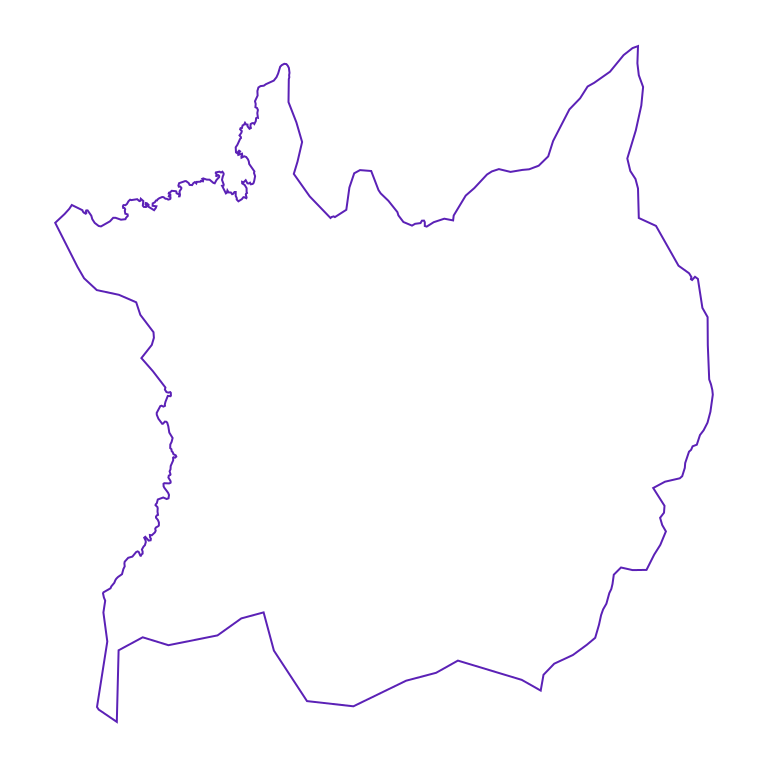 outline of Geidam, Yobe, Nigeria
{"feature_id": "59680162B70118559758614", "entity_name": "Geidam", "entity_type": "district", "adm_level": 2, "iso_a3": "NGA", "parent_name": "Nigeria", "parent_adm1": "Yobe", "projection": "equal_earth", "projection_center": [11.91, 12.702], "detail": "fine", "context": "isolated", "style": "outline", "palette": "violet", "viewbox_px": 768, "rotation_deg": 0, "n_neighbors": 0, "source": "geoboundaries", "source_scale": "gbopen_adm2", "svg_char_len": 6077}
<svg xmlns="http://www.w3.org/2000/svg" viewBox="0 0 768 768"><path d="M709.2,379.4L707.8,345.1L707.6,317.1L702.4,307.9L697.9,278.9L695.0,276.8L692.1,280.0L690.9,279.2L691.4,277.0L689.1,273.3L678.5,265.7L656.0,225.9L638.8,218.0L638.0,188.5L635.5,179.0L630.3,171.0L627.3,158.5L635.8,130.4L641.3,105.5L643.1,87.0L638.8,75.2L637.4,63.3L638.0,46.1L632.5,48.1L623.6,55.1L610.0,71.7L594.2,82.8L587.6,86.5L580.1,98.3L569.4,109.4L553.1,141.0L548.2,156.4L538.7,165.7L529.1,169.3L522.5,169.9L510.5,171.9L498.9,169.1L491.9,171.4L487.0,174.5L474.3,188.1L465.7,195.6L453.7,215.5L453.1,220.4L444.3,218.7L433.7,222.2L426.7,226.6L424.8,226.0L424.8,222.2L424.0,220.6L421.9,220.7L420.5,223.1L415.1,223.8L412.0,225.6L403.4,222.0L398.4,215.4L397.4,212.1L388.4,200.8L380.7,193.4L378.5,190.1L371.2,171.0L360.0,170.1L354.2,173.3L349.4,187.5L346.3,209.8L334.9,217.1L333.7,216.4L331.6,217.0L330.5,218.0L309.7,196.4L293.8,173.9L297.5,161.7L302.1,142.0L296.4,122.4L288.5,102.1L288.8,79.1L289.3,77.3L289.1,75.1L289.5,72.9L288.9,68.0L287.8,65.8L286.4,64.1L284.3,63.8L281.8,65.1L280.2,66.7L278.1,73.6L276.5,77.2L273.8,80.6L265.9,84.2L263.8,85.7L260.5,86.1L258.4,87.5L257.4,91.0L257.6,95.6L255.0,101.2L255.7,104.0L255.4,107.2L257.1,108.1L257.9,110.0L257.3,113.1L257.9,117.7L257.3,117.5L256.1,118.2L255.8,121.1L254.3,124.0L253.5,123.1L252.3,123.1L250.7,124.0L250.4,126.1L250.9,128.0L249.5,128.8L247.6,126.4L247.5,124.6L246.1,124.5L245.0,122.8L244.1,124.6L242.6,125.4L241.9,128.1L240.6,128.1L240.1,129.3L241.8,131.1L241.4,132.7L239.5,135.4L240.8,136.9L241.0,138.0L240.1,138.9L237.4,144.8L235.7,147.3L236.0,152.4L237.0,153.1L239.1,150.7L240.1,151.4L238.2,154.1L238.3,154.9L242.0,153.7L242.2,155.4L241.4,156.4L241.5,157.7L244.3,156.3L246.2,157.0L248.0,159.4L248.8,161.4L249.2,164.0L254.4,171.4L254.0,173.0L255.1,176.2L254.2,180.9L253.6,182.9L252.7,183.9L250.9,184.3L250.0,182.7L248.9,183.5L247.4,183.3L245.7,180.2L243.6,182.3L242.1,181.8L242.2,183.4L244.7,185.0L246.6,188.2L246.6,191.7L247.0,193.0L246.1,193.6L245.8,194.7L246.6,197.5L246.3,198.2L243.9,197.1L243.3,197.3L241.8,199.2L238.4,201.3L236.7,199.5L236.8,198.2L235.7,195.9L235.7,192.0L234.5,192.0L232.9,194.0L232.1,194.2L230.9,192.5L228.6,192.4L227.4,190.4L226.8,192.8L225.9,193.4L222.1,185.8L223.5,185.6L223.7,184.5L222.0,179.9L222.8,176.4L223.6,174.6L223.6,173.4L222.4,171.7L221.0,172.5L219.5,171.7L218.3,171.9L215.9,172.4L215.7,173.0L216.5,174.1L216.2,175.9L216.8,176.1L217.4,175.1L218.4,175.1L219.2,176.0L219.1,177.2L216.5,180.0L214.7,183.3L213.4,182.9L209.6,179.7L206.7,179.6L203.2,178.4L202.2,178.9L203.2,180.4L203.0,181.3L200.9,180.9L200.5,181.7L196.7,181.9L196.3,183.4L194.9,182.1L193.4,183.1L192.1,185.1L189.6,184.9L188.7,183.1L186.2,181.2L185.1,181.1L179.1,183.2L178.4,185.5L178.8,186.7L180.1,186.5L181.3,187.7L181.3,188.7L179.8,190.9L179.5,191.9L180.0,194.9L179.6,196.3L179.1,196.3L179.4,194.9L179.0,194.4L176.6,193.3L176.4,191.9L175.9,191.2L171.7,190.8L170.2,192.3L169.0,192.7L168.7,193.6L170.3,194.4L170.4,195.1L169.0,195.8L168.8,196.4L170.5,197.1L170.4,198.7L169.8,199.2L168.2,199.6L166.9,198.8L165.4,198.7L163.6,197.2L162.2,197.0L159.3,198.2L157.5,199.5L157.1,200.4L156.0,200.5L154.8,202.3L152.7,203.4L152.6,205.8L156.4,206.3L155.7,208.1L154.1,210.2L148.1,206.5L148.6,204.9L146.8,203.2L145.7,203.0L145.5,204.3L146.6,205.9L146.0,207.0L143.8,206.9L142.8,205.7L143.3,201.0L140.8,198.8L140.4,200.8L139.4,201.1L137.2,199.2L131.3,200.1L130.1,199.7L128.5,201.2L126.9,204.0L125.4,205.2L123.5,205.1L122.9,206.2L123.2,207.9L124.4,208.0L125.2,209.2L124.8,210.9L125.3,213.7L127.6,214.4L127.8,215.9L126.1,217.7L125.4,219.2L121.0,219.7L115.5,217.8L113.2,217.8L110.0,221.3L101.0,226.4L98.7,226.0L94.7,222.9L92.3,219.2L91.3,215.7L87.6,210.4L86.3,210.4L85.8,211.3L86.3,213.1L85.7,213.7L83.9,212.7L82.9,211.6L82.4,210.2L71.8,205.0L69.3,208.8L64.6,214.0L55.2,222.8L77.5,266.9L84.1,278.3L96.8,290.1L118.9,294.8L136.2,302.3L140.3,314.8L153.5,332.2L153.9,337.8L151.8,344.9L141.4,358.1L152.8,371.1L165.4,387.5L164.9,389.6L166.5,392.1L168.4,392.6L170.2,392.1L170.8,392.8L170.9,395.6L170.5,396.2L167.8,395.9L165.5,401.7L164.8,404.5L165.0,405.8L163.4,406.6L161.5,405.7L160.3,406.1L156.7,412.9L156.8,414.8L158.4,418.7L162.2,423.8L163.0,423.7L164.9,421.6L166.4,421.8L167.3,422.9L168.3,426.3L169.3,432.6L172.6,438.0L171.6,441.9L170.3,444.5L170.2,448.1L171.4,449.2L171.7,451.2L172.8,452.3L173.4,454.1L175.8,455.4L176.3,456.6L175.0,457.7L173.7,457.2L173.1,457.6L173.2,460.3L170.7,466.0L170.5,469.3L169.6,471.3L170.5,474.3L170.3,474.9L168.8,475.6L168.4,477.6L170.4,480.8L170.7,482.0L170.5,482.8L169.2,483.4L164.3,483.2L163.5,483.8L163.6,486.3L164.3,487.7L168.1,492.8L169.0,495.0L168.5,498.3L166.7,499.0L163.2,497.5L157.8,499.5L156.8,503.2L155.7,504.4L155.5,505.2L157.4,507.0L157.7,508.2L157.5,511.7L158.0,514.9L156.9,515.3L156.0,516.6L156.0,517.7L157.9,520.0L158.9,522.5L158.9,525.3L158.5,526.0L155.8,527.6L155.2,528.9L155.7,530.7L154.9,532.4L151.8,535.3L149.9,535.0L150.1,537.4L150.9,538.7L150.6,540.3L148.7,540.6L145.3,536.8L144.2,537.7L145.6,540.6L145.8,542.1L144.9,545.2L143.6,546.5L141.9,549.5L142.6,551.5L142.6,553.6L141.7,554.3L140.8,555.8L140.3,555.6L138.8,552.1L137.7,551.4L136.2,552.0L132.4,556.6L128.2,557.8L124.7,561.7L124.4,563.4L124.7,566.4L123.4,569.0L122.0,574.2L118.0,577.0L116.3,578.7L115.3,580.3L114.3,582.8L111.3,586.4L110.5,588.3L103.5,592.3L103.0,593.3L103.9,597.5L105.2,600.7L103.4,612.5L107.3,641.5L97.0,707.0L98.7,709.6L116.8,721.9L118.6,650.3L142.7,637.3L168.4,645.2L217.5,635.4L241.3,618.4L263.6,612.4L273.9,650.6L307.0,701.1L353.4,706.3L406.1,680.7L436.1,672.8L457.9,660.6L521.8,679.9L540.7,690.6L543.5,674.8L554.2,663.7L572.9,655.0L586.7,644.9L595.2,637.8L599.0,624.7L601.1,615.1L603.1,609.4L606.4,603.7L609.3,593.1L611.3,589.0L612.5,584.0L613.8,574.7L621.0,567.5L632.6,570.1L646.5,569.9L654.2,554.6L660.3,544.9L665.9,531.4L662.2,525.0L660.1,517.8L664.0,512.7L664.5,505.8L653.2,488.0L665.0,481.7L679.8,478.3L682.2,476.2L684.8,467.9L685.2,463.0L689.0,451.7L691.1,449.8L692.6,446.3L696.8,444.7L700.0,435.0L703.6,430.3L707.5,422.7L710.4,411.8L712.8,394.7L712.3,390.0L711.0,384.4L709.2,379.4Z" fill="none" stroke="#5b21b6" stroke-width="2"/></svg>